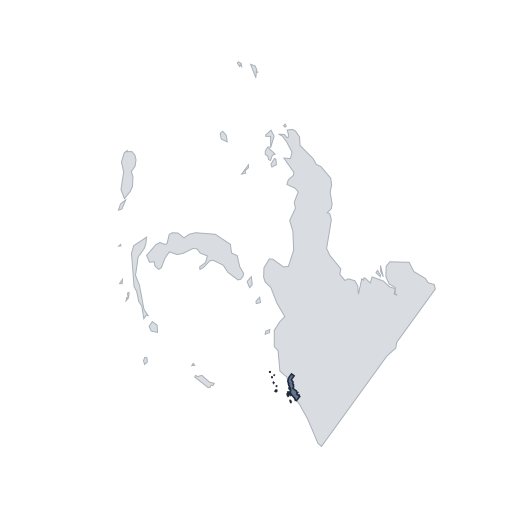 Wewak District, East Sepik, Papua New Guinea (highlighted), rotated 216°
{"feature_id": "67681753B19768820203242", "entity_name": "Wewak District", "entity_type": "district", "adm_level": 2, "iso_a3": "PNG", "parent_name": "Papua New Guinea", "parent_adm1": "East Sepik", "projection": "equal_earth", "projection_center": [143.741, -3.588], "detail": "fine", "context": "in_parent", "style": "filled", "palette": "slate", "viewbox_px": 512, "rotation_deg": 216, "n_neighbors": 0, "source": "geoboundaries", "source_scale": "gbopen_adm2", "svg_char_len": 7690}
<svg xmlns="http://www.w3.org/2000/svg" viewBox="0 0 512 512"><g transform="rotate(216 256 256)"><path d="M91.5,334.7L91.4,268.7L88.8,263.8L91.3,252.1L91.1,140.4L95.8,140.9L118.6,154.6L134.0,161.7L147.4,165.0L159.8,176.2L168.9,176.8L182.5,192.4L188.0,193.5L197.5,206.6L198.1,217.2L197.0,223.9L211.6,230.3L225.6,239.3L233.2,240.3L237.4,243.4L242.6,251.1L243.5,261.5L240.5,263.3L227.4,263.3L223.7,266.6L228.9,282.8L240.7,297.7L249.6,304.5L252.2,317.9L256.7,322.0L259.5,332.7L264.1,333.8L273.1,332.1L274.6,336.5L273.2,343.2L274.5,345.9L291.0,351.6L285.4,355.1L287.9,361.2L298.6,366.5L305.3,368.5L309.3,367.9L304.6,370.9L300.4,370.0L299.6,370.9L301.3,373.5L304.8,376.2L301.2,379.7L297.6,380.3L290.9,378.0L285.2,371.3L267.2,368.4L260.9,365.5L256.0,366.5L241.4,362.9L236.7,358.2L233.5,351.2L224.9,342.7L222.9,338.5L223.8,332.9L221.4,333.7L216.4,329.7L203.3,303.6L196.6,299.9L179.9,295.5L177.4,290.4L169.6,288.5L167.9,291.8L161.5,294.1L156.1,291.6L150.7,285.3L157.0,299.7L154.8,299.6L155.8,301.9L154.6,302.2L147.7,301.4L149.8,307.3L138.3,310.6L129.8,309.5L125.7,310.9L124.0,310.8L121.8,306.4L118.7,307.2L121.3,307.3L124.6,312.4L131.7,311.6L138.7,315.5L144.6,324.1L144.3,330.0L128.4,340.9L119.2,336.2L105.8,337.4L101.0,335.6L95.0,337.7L91.5,334.7ZM331.9,188.5L335.1,191.5L338.5,188.3L344.9,192.2L343.6,206.6L341.5,210.5L336.1,212.0L335.4,214.1L338.9,222.5L337.4,225.6L332.7,228.7L324.9,228.4L322.9,234.2L318.6,239.3L301.8,249.6L283.6,250.4L277.6,244.1L271.3,245.2L262.9,237.8L255.9,234.7L254.5,231.9L254.7,228.1L256.6,226.0L269.2,226.3L277.1,229.3L287.6,227.5L290.5,225.2L291.7,216.0L293.4,212.2L295.2,214.0L293.0,221.1L295.4,227.5L302.9,225.6L307.6,227.1L311.3,225.2L316.6,215.2L320.8,210.7L328.5,208.4L328.4,201.0L325.7,190.9L326.8,188.0L331.9,188.5ZM423.2,262.2L422.2,265.5L421.7,264.5L417.8,267.5L413.4,266.5L409.6,263.3L406.6,257.5L406.5,250.9L402.3,248.0L396.8,239.7L395.7,234.2L396.2,225.1L404.3,230.4L412.4,246.1L420.2,253.1L423.2,262.2ZM361.0,192.5L355.6,206.9L352.2,201.0L350.9,196.9L350.7,185.9L342.1,169.5L333.3,164.0L315.3,147.0L308.2,144.3L309.9,143.5L309.9,139.3L318.8,148.2L324.3,150.4L331.7,157.2L336.7,159.6L358.4,185.1L361.0,192.5ZM217.4,121.4L234.4,122.0L234.7,123.9L232.5,124.1L229.6,127.6L219.4,126.6L214.9,128.4L214.6,125.9L216.3,125.2L216.0,122.7L217.4,121.4ZM302.4,341.4L305.5,343.9L308.2,343.6L310.2,346.4L310.5,351.0L309.3,352.0L308.6,350.6L300.4,349.7L302.0,347.1L300.4,341.8L302.4,341.4ZM301.3,142.0L295.3,141.9L290.8,136.3L296.7,133.7L301.1,136.2L301.3,142.0ZM314.5,361.4L318.4,358.5L319.3,359.6L317.8,366.6L311.8,363.6L307.8,352.2L314.5,361.4ZM346.4,331.4L352.9,330.2L356.1,333.2L357.0,334.3L356.3,337.3L350.9,336.1L346.4,331.4ZM360.9,400.1L373.0,407.9L368.5,409.2L364.7,407.1L364.2,405.2L362.7,405.8L363.5,404.5L360.9,400.1ZM247.6,236.5L242.2,230.6L242.5,226.6L248.2,230.1L247.6,236.5ZM298.4,345.8L296.8,346.0L293.2,341.9L295.4,337.3L297.9,339.0L298.4,345.8ZM394.4,224.8L392.1,215.2L394.2,212.3L396.2,218.4L394.4,224.8ZM228.8,224.8L225.0,221.0L227.8,217.6L229.4,219.4L228.8,224.8ZM286.4,108.8L284.3,109.5L281.6,106.3L282.3,102.8L285.5,105.1L286.4,108.8ZM203.9,201.1L201.6,204.6L200.1,201.9L202.6,198.1L203.9,201.1ZM315.7,313.8L315.7,325.3L314.0,323.0L314.9,318.3L313.1,317.0L315.7,313.8ZM146.0,316.8L149.7,321.5L140.8,314.0L146.0,316.8ZM149.2,315.7L144.3,313.8L143.3,312.3L149.1,313.0L149.2,315.7ZM384.6,401.2L384.2,402.8L381.0,403.1L378.9,400.8L381.0,401.3L380.7,399.7L384.6,401.2ZM350.2,153.4L350.3,158.7L348.0,154.9L350.2,153.4ZM338.2,150.5L337.3,151.9L335.0,148.2L335.4,147.5L338.2,150.5ZM310.3,377.6L310.0,379.9L307.8,378.8L308.2,377.3L310.3,377.6ZM336.2,146.4L334.5,147.0L334.8,143.4L336.2,146.4ZM243.5,129.5L243.7,132.2L241.3,131.6L243.5,129.5ZM372.8,183.2L372.5,185.7L371.2,184.9L372.8,183.2Z" fill="#d9dde1" stroke="#a8b0b8" stroke-width="1"/><path d="M138.0,168.1L138.4,168.2L138.8,168.4L139.0,168.1L139.3,168.1L139.4,168.4L139.7,168.9L140.4,168.1L142.0,168.1L142.0,170.1L142.4,169.9L142.6,170.0L142.8,169.9L143.0,169.8L143.6,170.2L143.8,170.5L144.0,170.6L148.5,170.6L148.5,172.1L148.6,172.3L149.7,173.3L149.8,173.7L149.8,173.8L150.0,174.0L150.3,174.0L150.3,173.9L150.4,173.7L151.4,174.1L151.3,174.6L152.0,175.9L154.7,176.6L154.7,181.5L158.0,181.5L158.0,177.2L157.7,176.3L157.7,175.6L157.5,175.2L157.3,175.0L157.3,174.9L157.2,174.8L157.1,174.7L157.0,174.4L157.0,174.2L156.9,174.1L156.9,173.9L156.7,173.7L156.7,173.4L156.4,173.3L156.3,173.2L156.2,173.1L156.1,172.9L155.8,172.9L155.6,172.8L154.9,172.6L154.7,172.4L154.3,172.0L154.3,171.8L154.3,171.6L154.5,171.5L154.3,171.3L154.2,171.3L154.1,171.2L153.9,171.1L153.8,170.9L153.5,170.6L153.4,170.6L153.2,170.5L152.9,170.6L152.3,170.3L151.9,170.0L151.7,169.8L151.6,169.7L151.6,169.4L151.6,169.1L151.8,168.9L151.8,168.6L151.7,168.5L151.5,168.9L151.5,169.3L151.4,169.3L151.0,169.4L150.9,169.3L150.8,169.1L150.7,169.2L150.6,169.3L150.5,169.2L150.4,169.1L150.2,169.0L150.1,168.9L150.1,168.7L150.2,168.4L150.0,168.5L149.9,168.7L149.5,168.5L149.3,168.2L149.3,167.9L149.4,167.7L149.2,167.6L148.8,167.3L148.7,167.1L148.6,166.8L148.6,166.3L148.5,166.2L148.3,166.2L148.2,166.1L148.0,165.8L148.0,165.7L147.8,165.5L147.6,165.3L147.2,165.1L146.8,165.2L146.6,165.2L146.3,165.1L146.2,165.0L146.2,164.8L146.1,164.7L145.8,164.6L145.7,164.6L145.5,164.4L145.0,164.4L144.5,164.4L143.9,164.4L143.7,164.3L143.3,164.1L142.7,163.9L142.1,163.9L141.4,163.8L141.3,163.7L141.1,163.4L140.7,163.1L140.3,163.0L139.9,162.9L139.7,162.7L139.7,162.8L139.6,162.7L139.0,162.7L138.8,162.7L138.5,162.7L138.3,162.7L138.2,162.8L138.0,168.1ZM148.1,161.4L147.9,161.4L147.6,161.5L147.7,161.8L147.7,162.1L147.6,162.3L147.5,162.2L147.4,162.0L147.3,162.3L147.5,162.7L147.8,162.8L148.0,162.9L148.2,163.0L148.4,163.1L148.5,163.2L148.7,163.3L148.8,163.4L149.3,163.3L149.4,163.2L149.6,163.2L149.8,163.1L149.9,162.8L149.6,162.5L149.3,162.4L149.1,162.1L148.9,161.9L148.7,161.7L148.4,161.5L148.3,161.4L148.1,161.4ZM148.5,163.6L148.4,163.5L148.1,163.6L148.4,164.0L148.5,164.1L148.9,164.3L148.9,164.5L148.7,164.5L148.5,164.4L148.4,164.5L148.5,164.7L148.6,164.9L148.6,165.0L148.4,165.0L148.5,165.2L148.8,165.4L149.0,165.4L149.3,165.4L149.4,165.2L149.5,165.0L149.9,165.0L149.9,164.8L150.1,164.7L150.3,164.6L150.2,164.5L150.1,164.3L149.9,164.3L149.7,164.2L149.5,163.9L149.3,163.8L149.1,163.6L148.9,163.6L148.7,163.5L148.5,163.6ZM161.0,158.5L161.0,158.4L160.8,158.3L160.7,158.1L160.6,157.9L160.3,157.8L160.2,157.9L160.1,158.0L159.8,158.2L159.8,158.3L159.7,158.5L159.8,158.6L159.9,159.0L160.1,159.5L160.3,159.7L160.5,159.7L160.8,159.4L161.0,159.4L161.1,159.2L161.3,159.0L161.3,158.8L161.1,158.6L161.1,158.4L161.0,158.5ZM142.8,158.5L142.4,158.5L142.2,158.6L142.3,158.7L142.3,158.8L142.5,158.8L142.7,159.2L142.8,159.2L142.9,159.3L143.0,159.2L143.2,159.3L143.4,159.3L143.6,159.3L143.6,159.2L143.2,159.0L143.1,158.8L143.0,158.7L142.9,158.5L142.8,158.5ZM176.6,170.8L176.8,170.5L176.9,170.4L176.6,170.0L176.4,170.1L176.2,170.4L176.2,170.5L176.4,170.7L176.5,170.8L176.6,170.8ZM172.2,167.4L172.0,167.2L171.8,167.0L171.6,167.0L171.5,167.4L171.6,167.5L171.9,167.5L172.0,167.6L172.2,167.4L172.2,167.4ZM142.1,158.5L142.0,158.0L141.9,157.9L141.7,157.9L141.7,158.0L141.8,158.3L141.7,158.4L141.8,158.5L142.1,158.5L142.1,158.5ZM167.7,163.8L167.5,163.6L167.1,163.7L166.9,163.9L166.9,164.0L167.1,164.0L167.1,163.9L167.2,164.0L167.3,164.0L167.5,163.9L167.7,164.0L167.7,163.8ZM163.2,162.9L163.1,162.6L162.8,162.5L162.7,162.7L162.7,162.8L162.9,163.0L163.0,162.9L163.1,163.0L163.2,162.9ZM171.3,170.5L171.4,170.3L171.4,170.2L171.2,170.2L171.2,170.3L171.2,170.5L171.3,170.5ZM146.2,163.8L145.9,163.7L145.9,163.8L146.0,163.8L146.3,164.0L146.3,163.9L146.2,163.8ZM147.1,164.3L147.1,164.1L146.9,164.2L146.9,164.3L147.0,164.3L147.1,164.3Z" fill="#64748b" stroke="#1e293b" stroke-width="1.5"/></g></svg>